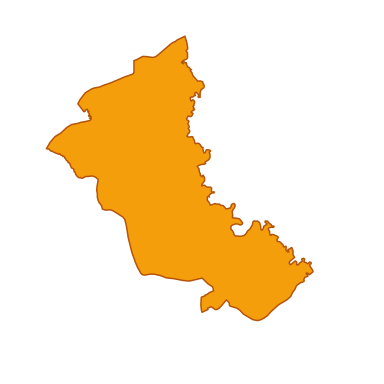 outline of Huai Thap Than, Si Sa Ket, Thailand, rotated 142°
{"feature_id": "78962969B1477833386417", "entity_name": "Huai Thap Than", "entity_type": "district", "adm_level": 2, "iso_a3": "THA", "parent_name": "Thailand", "parent_adm1": "Si Sa Ket", "projection": "mercator", "projection_center": [104.011, 15.032], "detail": "fine", "context": "isolated", "style": "filled", "palette": "amber", "viewbox_px": 384, "rotation_deg": 142, "n_neighbors": 0, "source": "geoboundaries", "source_scale": "gbopen_adm2", "svg_char_len": 6066}
<svg xmlns="http://www.w3.org/2000/svg" viewBox="0 0 384 384"><g transform="rotate(142 192 192)"><path d="M226.2,62.9L223.1,55.0L222.1,53.2L219.3,50.2L216.5,49.0L212.9,48.3L208.8,48.1L203.6,49.1L194.1,49.8L192.0,49.7L183.4,48.6L178.6,48.9L174.6,50.9L170.8,52.0L167.6,53.7L166.4,53.9L162.2,53.7L160.2,52.8L158.3,52.8L157.9,54.2L155.3,55.3L153.2,54.4L152.4,54.4L152.1,55.0L152.4,56.8L152.0,57.6L151.4,57.5L151.0,57.1L150.2,54.5L146.0,54.6L145.5,55.0L145.0,56.5L144.8,60.3L144.3,61.9L143.7,62.4L142.5,62.1L141.7,62.8L141.8,63.6L142.5,64.4L145.0,64.2L145.5,66.2L146.5,67.2L146.6,67.8L146.2,68.4L144.5,69.9L144.9,71.0L146.6,71.6L146.9,71.4L147.9,69.5L150.7,69.9L153.1,69.2L154.3,70.3L152.7,72.3L152.7,73.2L153.0,74.0L154.0,74.2L158.3,73.9L158.8,74.3L159.2,74.2L159.4,75.1L159.1,76.3L157.5,77.1L151.6,77.3L151.3,77.8L151.1,80.0L150.2,81.6L148.8,83.0L147.6,86.7L148.2,87.1L150.4,87.0L151.6,87.7L151.9,87.5L152.6,85.4L152.9,85.4L153.5,86.2L153.8,88.5L151.6,90.6L151.4,91.4L151.9,91.8L152.9,91.9L153.6,92.6L152.7,94.8L153.3,96.5L153.1,97.8L154.0,99.5L154.8,100.0L155.0,100.9L154.6,102.0L152.1,103.0L151.8,104.1L154.2,108.5L155.5,109.6L156.5,109.3L157.0,109.9L156.3,111.7L155.3,112.7L154.9,113.8L154.9,114.9L154.3,116.3L153.4,116.4L151.1,115.4L149.8,114.1L148.9,114.1L148.6,114.4L148.6,114.8L150.0,115.9L149.7,117.5L150.4,119.9L150.5,122.7L151.7,123.7L152.5,123.9L153.1,122.9L152.5,121.3L152.7,120.6L153.3,120.5L156.5,120.8L158.5,119.3L160.1,118.8L160.7,119.5L160.7,120.2L158.9,122.9L157.7,125.9L157.6,126.8L158.3,128.8L159.7,129.7L160.9,131.0L162.2,131.0L164.8,128.9L169.0,127.2L172.2,127.1L174.6,126.0L177.4,125.6L180.5,126.8L184.5,130.3L185.2,131.3L185.2,132.3L184.2,134.7L184.0,137.5L184.2,138.6L182.9,140.6L182.1,141.0L180.3,141.1L177.2,140.0L175.5,138.4L174.6,136.7L173.6,135.9L172.2,135.8L171.2,136.3L171.0,140.5L171.2,141.6L172.9,143.8L175.8,146.6L175.8,147.1L174.5,148.3L172.5,151.7L171.1,152.6L167.7,153.7L166.6,154.5L165.8,155.8L166.1,157.2L167.7,157.7L168.8,157.7L169.8,156.8L171.6,155.8L174.9,157.3L175.6,157.9L175.7,161.6L176.1,162.5L177.6,163.8L177.8,165.4L179.2,166.7L179.8,166.9L181.0,168.7L184.8,169.9L185.7,170.4L185.0,172.7L185.0,176.3L184.0,177.1L182.9,178.7L181.7,178.3L181.4,177.7L180.8,178.5L179.7,179.1L176.6,178.9L175.3,177.8L174.5,178.1L174.7,178.8L176.2,179.5L176.5,180.1L176.3,180.7L174.2,182.9L174.3,184.1L174.8,184.7L177.0,186.4L177.5,187.4L177.9,189.5L179.1,190.4L180.2,190.4L180.4,190.9L179.4,191.9L175.1,193.1L173.3,195.5L172.9,198.3L173.7,198.5L174.6,197.9L175.2,199.8L174.2,201.4L173.7,203.7L172.3,205.7L172.2,208.7L171.0,208.9L170.1,208.8L167.7,207.9L164.7,206.2L163.9,206.1L163.9,206.7L163.1,207.5L158.7,207.1L156.3,208.3L155.5,209.8L154.8,210.3L154.1,212.5L153.5,212.9L152.8,212.7L152.2,212.9L152.3,214.2L154.4,216.3L155.0,216.3L157.2,214.9L158.3,215.1L158.5,215.4L158.5,215.9L156.8,219.5L155.9,220.3L156.8,221.5L156.4,224.3L156.7,226.0L157.8,227.2L159.4,227.8L159.7,228.5L158.5,231.0L157.5,235.1L157.9,235.7L159.4,236.4L161.3,237.8L161.6,239.2L160.3,239.6L159.1,240.5L157.6,240.4L156.3,241.3L155.8,244.3L154.4,244.8L153.8,245.4L153.4,248.3L151.0,249.5L150.9,250.5L151.6,252.3L151.0,253.1L148.3,254.2L147.8,254.0L146.7,252.2L145.7,252.1L144.2,252.5L142.9,253.4L143.0,254.0L143.8,254.9L143.0,255.8L140.1,255.4L139.2,255.5L139.1,255.9L139.6,256.5L138.8,257.0L138.7,258.7L136.8,259.2L136.5,260.0L135.2,260.6L134.4,261.4L134.2,263.1L134.4,263.9L135.1,264.3L136.3,263.9L136.7,264.4L136.5,265.4L135.3,267.5L134.7,267.5L132.7,266.3L131.1,266.5L130.0,265.9L129.7,266.1L129.6,267.3L129.1,267.8L128.5,268.3L127.5,268.1L127.2,267.7L126.9,264.9L127.3,264.2L128.5,263.3L128.7,262.6L127.3,261.7L124.4,265.3L122.0,267.0L118.6,266.9L117.6,267.5L116.7,268.8L116.4,271.0L115.8,272.4L117.2,274.5L119.2,275.8L119.7,283.2L118.6,286.1L118.7,288.6L118.5,288.9L117.3,288.8L117.7,290.5L117.6,291.9L118.2,292.8L118.2,293.9L118.0,295.5L117.0,297.3L118.0,298.0L117.8,298.9L118.1,299.3L119.1,299.6L119.9,298.7L120.5,300.2L119.8,300.8L118.5,301.0L114.2,300.1L112.9,300.5L109.8,304.6L109.8,306.7L109.4,307.1L107.6,307.2L106.7,308.2L104.3,312.5L101.7,319.1L109.9,320.9L112.5,320.9L115.1,321.6L118.1,321.7L134.7,320.9L135.5,321.1L136.0,320.9L137.5,321.1L140.0,322.1L145.2,327.4L147.4,329.2L153.9,330.3L156.9,331.2L163.8,322.3L165.2,321.5L166.5,321.5L174.7,324.3L189.1,328.1L195.2,330.3L200.3,331.7L204.9,334.1L207.7,335.0L215.1,335.9L223.4,333.7L227.6,331.8L227.8,322.1L227.1,321.9L226.9,321.3L226.7,321.3L226.1,322.2L225.6,322.3L223.7,321.7L223.6,321.2L224.3,320.3L223.7,319.2L224.7,319.0L224.8,316.5L225.4,316.0L225.5,315.4L226.2,316.0L226.6,315.7L226.6,315.2L225.0,313.7L225.4,313.2L227.2,313.2L227.1,312.8L226.1,312.4L226.4,311.6L227.2,311.7L228.1,311.2L228.9,311.4L234.2,313.9L236.3,315.2L239.8,316.4L245.4,319.3L249.4,319.8L251.6,319.9L258.8,319.2L265.8,320.0L273.3,318.5L279.9,315.8L279.3,314.8L278.2,313.8L278.1,311.5L277.6,310.6L276.8,310.1L276.7,309.0L274.6,305.3L273.6,303.7L272.7,303.6L272.7,302.2L271.8,300.5L271.9,299.6L271.1,299.2L271.1,298.6L270.8,298.1L271.3,297.3L271.2,295.4L271.5,294.3L271.0,292.8L271.5,291.5L270.7,290.3L272.1,285.3L271.1,282.9L272.3,280.6L272.4,280.1L271.9,279.4L272.8,277.5L272.8,274.8L272.5,273.3L271.8,272.4L271.0,272.0L270.9,271.3L270.1,270.6L269.0,270.1L266.5,269.8L264.2,268.1L261.5,266.6L260.2,265.4L259.0,263.4L258.2,259.9L258.5,259.3L263.7,254.6L266.3,251.6L267.6,249.0L269.8,246.2L271.1,243.2L271.8,240.4L271.6,239.7L271.8,236.8L273.1,233.7L271.5,231.2L267.2,228.1L265.7,225.6L261.9,215.0L261.9,211.6L264.4,206.0L270.6,194.8L276.4,181.8L279.8,171.8L281.3,166.2L282.3,159.8L282.1,158.0L281.6,156.8L280.2,155.5L275.0,152.7L272.4,150.5L268.4,145.7L265.1,140.2L259.7,134.9L253.5,127.8L249.7,124.1L248.4,123.2L237.0,117.9L235.9,109.6L234.2,104.9L234.6,103.3L235.9,100.8L240.1,102.0L243.1,102.0L245.4,102.6L245.7,102.2L249.3,103.3L249.9,102.9L254.8,97.2L257.6,92.6L258.0,91.0L251.9,89.6L251.3,90.7L247.6,89.9L246.2,85.5L245.6,84.6L244.3,83.9L241.9,83.8L238.7,84.2L231.4,85.8L230.9,81.7L232.3,79.6L232.3,78.8L228.4,73.2L227.8,72.0L227.0,68.9L226.7,64.5L226.2,62.9Z" fill="#f59e0b" stroke="#b45309" stroke-width="1.5"/></g></svg>